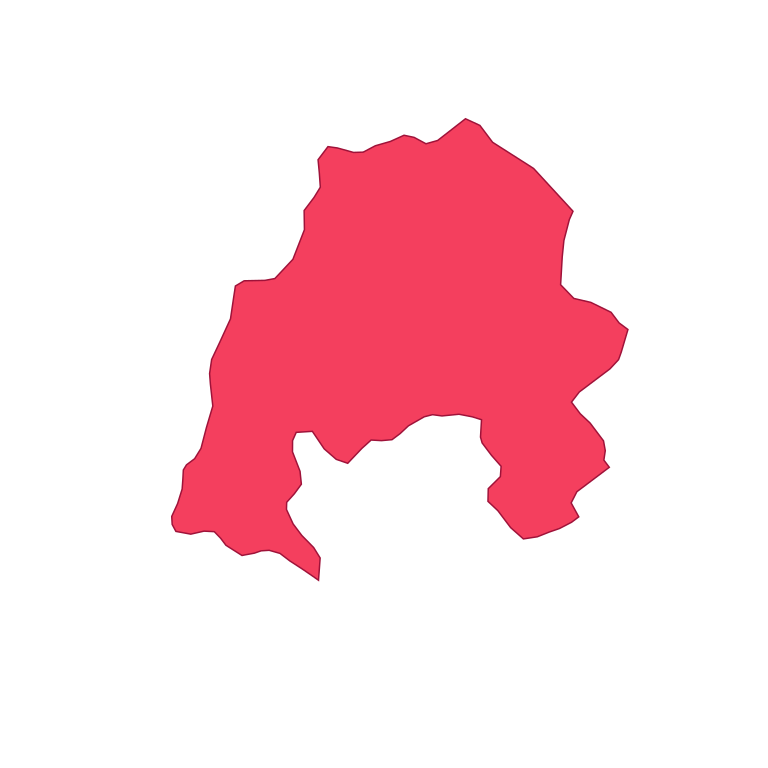 Hoengseong-gun, Gangwon, South Korea (Natural Earth projection), rotated 323°
{"feature_id": "91817680B58418421780923", "entity_name": "Hoengseong-gun", "entity_type": "district", "adm_level": 2, "iso_a3": "KOR", "parent_name": "South Korea", "parent_adm1": "Gangwon", "projection": "natural_earth1", "projection_center": [128.028, 37.482], "detail": "fine", "context": "isolated", "style": "filled", "palette": "rose", "viewbox_px": 768, "rotation_deg": 323, "n_neighbors": 0, "source": "geoboundaries", "source_scale": "gbopen_adm2", "svg_char_len": 1719}
<svg xmlns="http://www.w3.org/2000/svg" viewBox="0 0 768 768"><g transform="rotate(323 384 384)"><path d="M608.7,221.2L573.4,221.8L562.1,217.4L556.5,205.2L549.7,197.4L535.0,194.1L520.4,188.5L506.9,186.3L499.0,180.7L488.8,167.4L482.1,160.7L466.3,165.2L459.5,176.3L451.6,188.5L440.4,192.9L424.6,197.4L413.3,212.9L386.3,229.6L360.3,234.1L351.3,229.6L334.4,217.4L324.3,216.3L315.2,225.2L307.4,232.9L300.6,239.6L278.0,251.8L261.1,260.7L251.0,270.7L245.3,279.6L234.0,298.6L216.0,311.9L199.1,325.3L187.8,329.7L177.6,329.7L172.0,331.9L166.4,338.6L159.6,346.4L147.2,355.3L134.8,362.0L130.3,368.7L129.1,376.5L139.3,387.6L151.7,393.2L159.6,399.8L160.7,408.8L160.7,417.7L167.4,435.5L169.7,436.6L178.7,441.1L185.5,443.3L192.2,447.7L199.0,456.7L202.4,468.9L206.9,481.2L210.3,491.2L213.6,501.3L221.5,492.3L228.3,484.5L229.4,472.3L227.2,455.5L227.2,441.1L230.6,425.5L235.1,419.9L246.4,417.7L257.7,414.3L264.4,403.2L270.1,383.1L276.9,374.2L284.8,369.8L298.3,378.7L297.2,399.8L300.5,415.4L307.3,425.5L327.6,422.1L340.0,421.0L347.9,427.7L356.9,433.3L367.1,433.3L378.4,432.1L396.4,434.4L404.3,437.7L411.1,444.4L425.7,453.3L434.8,463.4L440.4,471.2L429.1,484.5L426.9,490.1L426.9,505.7L428.0,520.2L421.2,528.0L404.3,530.3L396.4,540.3L398.7,553.7L398.7,574.9L402.1,591.6L414.5,598.3L426.9,601.7L437.1,605.0L450.6,607.3L459.6,607.3L461.9,591.6L473.2,586.1L485.6,586.1L513.8,586.1L513.8,577.1L520.6,570.4L525.1,561.5L525.1,539.2L522.8,525.8L522.8,511.3L535.2,507.9L560.0,507.9L573.6,507.9L586.0,505.7L592.7,501.3L611.6,487.3L608.5,476.7L608.5,463.4L598.3,443.3L587.1,429.9L584.8,411.0L602.8,389.8L614.1,377.6L631.0,364.2L638.9,359.8L633.2,301.9L616.2,256.3L616.2,235.2L608.7,221.2Z" fill="#f43f5e" stroke="#9f1239" stroke-width="1.5"/></g></svg>